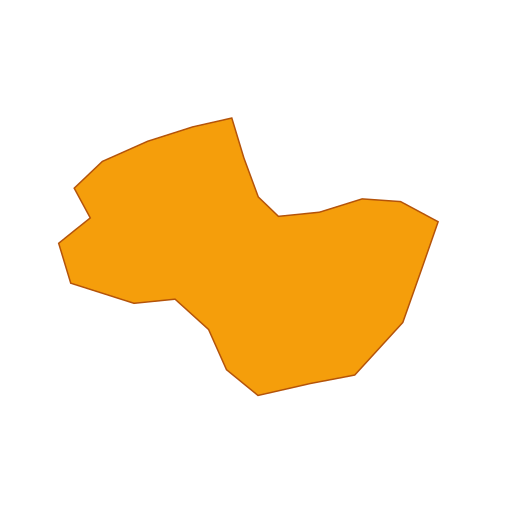 outline of Osan-si, Gyeonggi, South Korea, rotated 156°
{"feature_id": "91817680B96375859106804", "entity_name": "Osan-si", "entity_type": "district", "adm_level": 2, "iso_a3": "KOR", "parent_name": "South Korea", "parent_adm1": "Gyeonggi", "projection": "natural_earth1", "projection_center": [127.056, 37.158], "detail": "fine", "context": "isolated", "style": "filled", "palette": "amber", "viewbox_px": 512, "rotation_deg": 156, "n_neighbors": 0, "source": "geoboundaries", "source_scale": "gbopen_adm2", "svg_char_len": 482}
<svg xmlns="http://www.w3.org/2000/svg" viewBox="0 0 512 512"><g transform="rotate(156 256 256)"><path d="M431.1,347.9L436.3,306.5L386.7,262.4L347.5,249.5L329.2,208.1L329.2,164.1L310.9,127.8L258.6,117.5L214.2,107.1L148.9,135.6L109.7,177.0L75.7,213.2L101.8,246.9L135.8,265.0L180.2,270.2L219.4,283.1L229.9,309.0L227.2,350.5L222.0,391.9L261.2,399.7L308.3,404.9L357.9,404.9L394.5,391.9L391.9,358.2L410.0,353.5L431.1,347.9Z" fill="#f59e0b" stroke="#b45309" stroke-width="1.5"/></g></svg>